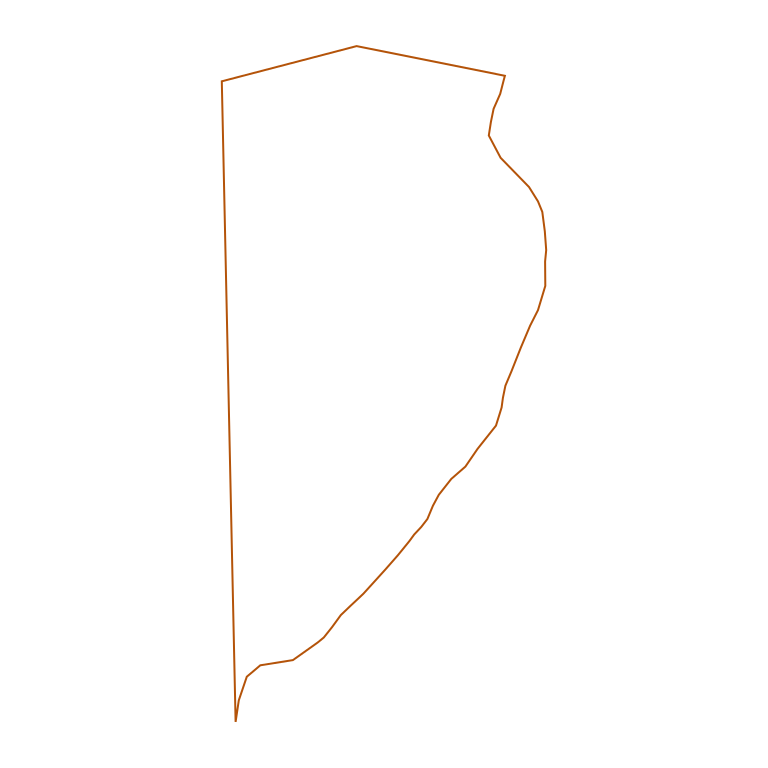 Getrine, Choiseul, Saint Lucia (Robinson projection)
{"feature_id": "8701671B56086336550970", "entity_name": "Getrine", "entity_type": "district", "adm_level": 2, "iso_a3": "LCA", "parent_name": "Saint Lucia", "parent_adm1": "Choiseul", "projection": "robinson", "projection_center": [-61.006, 13.781], "detail": "fine", "context": "isolated", "style": "outline", "palette": "amber", "viewbox_px": 768, "rotation_deg": 0, "n_neighbors": 0, "source": "geoboundaries", "source_scale": "gbopen_adm2", "svg_char_len": 697}
<svg xmlns="http://www.w3.org/2000/svg" viewBox="0 0 768 768"><path d="M221.8,81.3L235.6,721.9L238.8,700.3L246.8,676.7L255.5,669.4L260.3,665.3L292.9,660.1L317.7,642.5L323.8,637.5L332.0,627.2L340.8,615.1L350.3,606.0L363.3,593.8L385.1,569.8L398.0,555.1L409.3,541.2L414.2,534.5L421.3,526.9L427.4,519.0L432.9,505.8L438.8,494.8L451.3,478.9L465.4,466.6L477.6,448.8L496.0,425.6L501.6,407.5L502.9,397.9L505.4,385.7L511.5,371.2L520.8,347.7L530.1,325.7L538.0,310.1L545.3,285.9L545.1,261.5L546.2,250.1L544.8,231.2L542.3,211.9L538.0,201.4L529.0,187.0L500.6,157.8L488.8,135.5L490.9,122.0L493.6,108.8L500.2,93.9L503.6,80.6L504.9,75.8L356.6,46.1L221.8,81.3Z" fill="none" stroke="#b45309" stroke-width="2"/></svg>